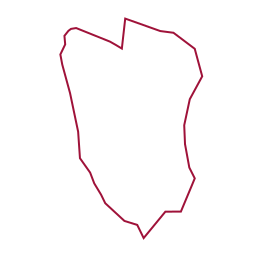 the district of O'giinuur, Arhangay, Mongolia, rotated 93°
{"feature_id": "93677404B35332958759491", "entity_name": "O'giinuur", "entity_type": "district", "adm_level": 2, "iso_a3": "MNG", "parent_name": "Mongolia", "parent_adm1": "Arhangay", "projection": "mercator", "projection_center": [102.599, 47.708], "detail": "fine", "context": "isolated", "style": "outline", "palette": "rose", "viewbox_px": 256, "rotation_deg": 93, "n_neighbors": 0, "source": "geoboundaries", "source_scale": "gbopen_adm2", "svg_char_len": 589}
<svg xmlns="http://www.w3.org/2000/svg" viewBox="0 0 256 256"><g transform="rotate(93 128 128)"><path d="M18.9,136.5L49.0,138.3L45.7,144.5L42.7,150.5L30.9,185.0L32.0,190.1L34.1,192.6L39.3,196.3L47.8,195.1L58.1,199.4L68.0,197.0L96.2,187.7L134.3,177.6L160.7,174.4L174.5,163.5L174.7,163.4L185.1,158.8L196.0,151.4L204.3,146.8L204.4,146.7L221.0,126.7L224.3,113.7L237.1,106.6L209.6,86.3L208.7,70.8L183.3,61.7L174.8,58.7L164.3,64.7L141.6,70.1L141.4,70.2L122.3,72.0L96.0,67.8L72.5,56.6L45.4,65.5L30.5,87.6L30.5,87.8L29.5,100.8L18.9,136.5Z" fill="none" stroke="#9f1239" stroke-width="2"/></g></svg>